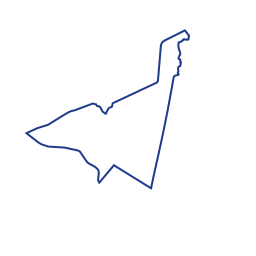 outline of Adrar, rotated 245°
{"feature_id": "DZA-2143", "entity_name": "Adrar", "entity_type": "Province", "adm_level": 1, "iso_a3": "DZA", "parent_name": "Algeria", "parent_adm1": "", "projection": "albers", "projection_center": [0.561, 25.317], "detail": "fine", "context": "isolated", "style": "outline", "palette": "blue", "viewbox_px": 256, "rotation_deg": 245, "n_neighbors": 0, "source": "natural_earth", "source_scale": "10m", "svg_char_len": 3260}
<svg xmlns="http://www.w3.org/2000/svg" viewBox="0 0 256 256"><g transform="rotate(245 128 128)"><path d="M74.5,131.6L72.3,129.9L70.0,128.2L67.7,126.5L65.5,124.8L63.9,123.7L63.6,123.5L63.8,123.3L100.2,99.5L90.6,78.9L93.2,78.8L95.5,80.0L96.8,81.0L100.0,82.7L102.7,83.3L106.0,82.1L107.8,81.0L112.0,77.8L113.6,76.9L115.1,76.4L127.1,74.4L128.8,73.1L137.1,62.2L144.8,48.0L149.3,43.2L150.5,42.2L152.9,40.6L166.2,33.8L166.2,45.6L164.7,57.0L166.6,72.7L167.4,80.8L167.3,83.8L166.6,87.0L165.1,105.9L165.0,106.3L164.9,106.6L164.6,107.0L164.1,107.6L163.7,108.0L162.8,108.9L162.8,109.0L162.7,109.0L161.3,109.2L161.1,109.3L160.9,109.4L160.1,110.6L159.8,111.0L159.5,111.1L159.2,111.3L158.1,111.7L157.9,111.7L156.1,111.7L155.5,111.9L155.3,111.9L154.6,111.8L153.6,111.9L153.4,112.0L152.5,112.6L151.5,113.0L150.9,113.3L150.5,113.7L150.4,114.1L150.4,114.3L150.6,114.5L151.7,115.5L153.8,118.4L153.9,118.7L154.1,119.0L154.1,119.3L154.2,119.6L154.2,120.4L154.0,121.9L154.1,122.3L154.3,122.6L156.6,124.4L156.8,124.5L156.9,124.9L157.0,173.7L157.3,174.1L158.0,175.0L188.7,192.6L190.2,193.9L191.3,195.4L191.8,198.7L192.4,220.8L191.4,221.1L189.0,221.6L187.5,221.9L186.4,222.2L186.0,222.2L185.8,222.2L185.6,222.2L185.3,222.0L184.5,221.2L183.8,220.9L183.5,220.7L183.2,220.5L183.0,220.3L182.7,219.9L182.7,219.7L182.8,219.4L183.0,219.1L183.1,218.8L183.2,218.7L183.4,218.5L183.7,218.2L183.7,217.9L183.8,217.4L183.9,217.1L184.2,216.9L184.5,216.7L184.8,216.1L184.8,215.8L184.6,215.6L184.5,215.4L184.3,215.1L184.4,214.7L184.4,214.4L184.2,214.3L183.9,213.7L183.9,213.1L184.1,210.1L184.0,209.9L183.8,209.8L183.6,209.6L183.1,209.5L182.9,209.4L182.1,208.8L180.3,208.0L176.4,207.3L175.7,207.3L174.4,207.0L174.2,207.0L173.9,207.0L173.4,206.7L173.2,206.6L172.8,206.5L172.6,206.4L172.4,206.3L171.9,205.2L171.4,204.6L170.9,204.1L170.0,203.4L169.8,203.2L169.5,203.2L169.2,203.2L168.9,203.4L168.3,204.0L168.0,204.2L167.8,204.1L166.9,203.8L166.7,203.8L166.6,203.7L166.4,203.6L166.2,203.6L165.9,203.8L165.5,203.9L165.4,203.7L165.2,203.1L164.9,203.0L164.7,203.0L164.2,203.0L163.9,202.9L162.2,201.5L162.1,201.3L162.1,200.2L162.0,199.6L161.7,199.2L160.8,198.5L160.2,198.2L159.7,198.2L159.2,197.9L158.7,197.8L158.1,197.6L157.8,197.5L157.6,197.2L157.3,196.7L157.1,196.5L156.8,196.4L156.5,196.4L155.9,196.6L155.6,196.6L155.3,196.5L155.1,196.5L155.0,196.3L155.0,195.9L155.0,195.6L155.3,194.3L155.5,192.6L155.4,192.3L155.2,191.4L155.0,191.1L153.4,189.9L152.2,189.1L151.0,188.2L149.8,187.4L148.6,186.6L147.4,185.7L146.2,184.9L145.0,184.0L143.8,183.2L142.6,182.3L141.4,181.5L140.2,180.6L139.2,179.9L137.8,178.9L136.6,178.1L135.4,177.2L134.2,176.4L133.0,175.5L131.9,174.7L130.7,173.8L129.5,173.0L128.3,172.1L127.1,171.3L125.9,170.4L124.8,169.6L123.6,168.7L122.4,167.8L121.2,167.0L120.1,166.1L118.9,165.3L117.7,164.4L116.5,163.5L115.4,162.7L114.2,161.8L113.0,160.9L111.9,160.1L110.7,159.2L109.5,158.3L108.4,157.5L107.2,156.6L106.1,155.7L104.9,154.9L103.7,154.0L102.6,153.1L101.4,152.2L100.3,151.4L99.1,150.5L98.0,149.6L96.8,148.7L95.7,147.9L94.7,147.1L93.6,146.3L92.6,145.5L91.5,144.7L90.5,143.9L89.4,143.1L88.4,142.3L87.3,141.5L86.3,140.6L85.2,139.8L84.2,139.0L83.1,138.2L82.1,137.4L81.0,136.6L80.0,135.8L78.5,134.6L77.5,133.9L76.5,133.1L75.5,132.4L74.5,131.6Z" fill="none" stroke="#1e3a8a" stroke-width="2"/></g></svg>